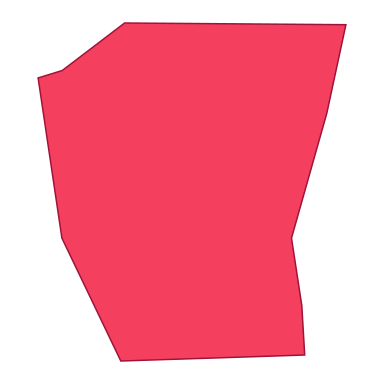 Butuan, Equal Earth projection
{"feature_id": "PHL-5532", "entity_name": "Butuan", "entity_type": "Highly Urbanized City", "adm_level": 1, "iso_a3": "PHL", "parent_name": "Philippines", "parent_adm1": "", "projection": "equal_earth", "projection_center": [125.568, 8.906], "detail": "fine", "context": "isolated", "style": "filled", "palette": "rose", "viewbox_px": 384, "rotation_deg": 0, "n_neighbors": 0, "source": "natural_earth", "source_scale": "10m", "svg_char_len": 255}
<svg xmlns="http://www.w3.org/2000/svg" viewBox="0 0 384 384"><path d="M38.1,77.9L62.2,70.5L124.6,23.0L345.9,24.7L326.8,113.3L291.5,238.1L301.8,305.5L304.7,355.0L120.8,361.0L61.9,238.1L38.1,77.9Z" fill="#f43f5e" stroke="#9f1239" stroke-width="1.5"/></svg>